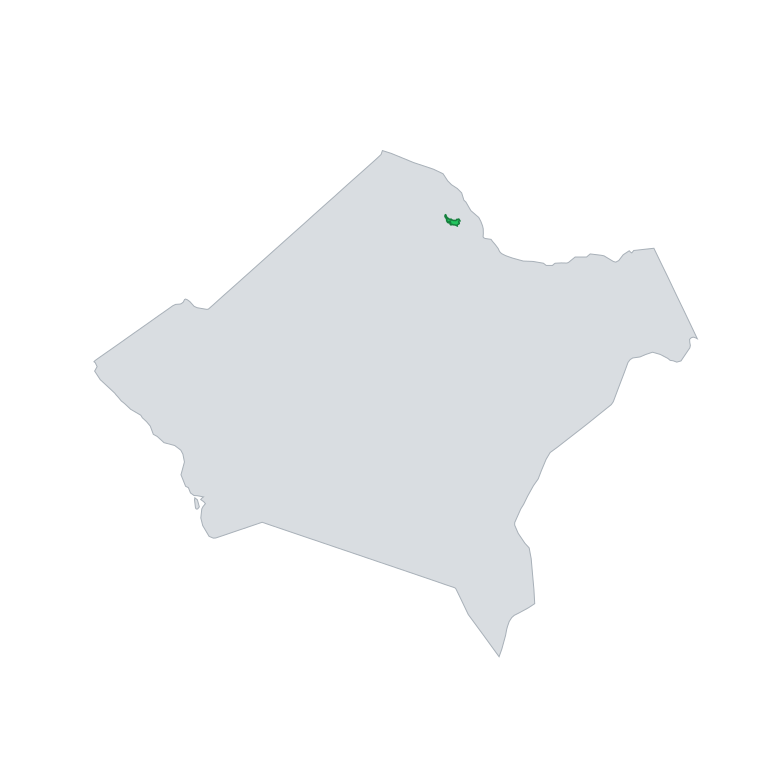 location of Webuye West, Western, Kenya, rotated 109°
{"feature_id": "3690345B24019880317128", "entity_name": "Webuye West", "entity_type": "district", "adm_level": 2, "iso_a3": "KEN", "parent_name": "Kenya", "parent_adm1": "Western", "projection": "mercator", "projection_center": [34.696, 0.598], "detail": "fine", "context": "in_parent", "style": "filled", "palette": "green", "viewbox_px": 768, "rotation_deg": 109, "n_neighbors": 0, "source": "geoboundaries", "source_scale": "gbopen_adm2", "svg_char_len": 5659}
<svg xmlns="http://www.w3.org/2000/svg" viewBox="0 0 768 768"><g transform="rotate(109 384 384)"><path d="M163.8,461.5L163.6,452.1L165.0,428.1L164.8,407.1L166.0,396.6L171.2,389.9L173.6,385.1L175.3,378.3L178.0,372.8L184.2,368.3L185.3,365.8L191.8,358.3L195.7,348.6L198.7,345.4L202.4,342.3L205.0,340.7L209.3,339.1L212.6,338.2L213.2,337.5L213.5,335.9L212.4,329.9L213.8,327.9L216.1,324.0L218.7,320.2L221.1,317.9L222.4,315.4L223.0,311.2L223.1,308.2L223.1,303.4L222.4,292.3L219.6,283.0L217.9,272.6L219.1,269.2L217.0,263.2L215.9,262.8L214.1,261.5L211.8,255.8L210.1,250.5L209.1,249.2L201.7,244.6L198.0,233.8L193.9,231.4L191.6,220.7L191.2,217.7L193.5,206.9L193.3,204.5L190.8,202.2L183.9,199.9L178.2,195.5L179.0,194.0L179.4,192.4L176.4,191.3L167.8,173.0L178.9,162.0L190.1,150.8L204.5,136.7L217.6,123.7L229.0,112.5L239.2,102.5L238.9,104.4L239.0,106.9L240.2,108.5L242.3,109.6L245.2,108.4L247.8,106.9L250.2,106.6L265.5,110.7L268.0,114.3L267.9,118.3L268.5,121.1L267.4,123.9L266.1,132.5L266.5,140.4L271.0,146.3L275.1,150.8L278.4,157.3L280.8,159.2L284.1,160.3L294.6,160.5L310.1,161.0L325.0,161.4L326.4,161.5L329.5,162.4L343.3,171.1L355.9,179.0L366.5,185.9L376.9,192.7L386.9,199.2L394.7,204.6L402.4,206.2L414.9,207.0L423.5,207.3L431.5,209.6L443.4,211.7L452.3,212.8L457.6,214.0L472.5,215.3L474.9,214.5L481.5,208.5L488.8,198.8L491.7,193.4L501.2,188.0L517.8,180.6L529.6,175.3L542.6,170.0L548.6,174.6L556.7,182.0L560.4,185.6L563.3,187.2L567.8,188.3L573.2,188.3L576.1,188.1L582.2,187.2L596.3,186.3L604.4,186.4L597.6,196.1L589.4,207.8L574.5,229.3L563.0,240.6L554.4,249.2L553.6,250.7L553.7,260.2L553.7,283.5L553.9,330.1L554.1,376.6L554.3,423.1L554.4,446.4L554.4,454.2L562.0,464.0L569.4,473.6L579.2,486.2L584.4,493.0L585.3,495.2L585.0,499.8L576.9,509.3L570.3,513.6L561.5,515.6L558.8,515.2L555.3,513.9L554.0,516.1L552.9,519.7L551.0,518.9L549.5,517.9L550.4,524.2L551.3,527.3L550.0,531.5L545.7,535.2L545.3,538.3L535.9,546.4L522.7,547.3L515.8,551.3L512.7,554.6L510.3,561.9L511.1,572.9L507.4,581.4L506.7,585.7L499.9,591.3L496.9,596.3L494.6,601.5L492.7,603.8L490.4,615.3L487.2,622.4L486.3,624.7L485.6,626.8L483.1,630.9L481.5,633.8L480.3,635.6L472.3,653.7L466.0,661.8L461.0,660.9L457.8,664.0L457.4,665.5L455.7,664.7L451.5,661.7L443.1,655.6L434.6,649.4L426.1,643.3L417.6,637.2L409.2,631.1L400.7,625.0L392.2,618.9L383.7,612.7L378.8,609.2L376.6,607.0L374.8,602.8L374.0,601.8L371.8,600.4L369.1,600.1L368.3,599.3L368.4,597.3L369.3,594.4L372.4,588.8L372.7,585.5L372.1,581.7L371.1,575.7L370.3,574.4L364.7,571.2L352.9,564.7L341.2,558.1L329.4,551.5L317.6,544.9L305.8,538.3L294.1,531.8L282.3,525.2L270.5,518.6L258.8,512.0L247.0,505.5L235.2,498.9L223.5,492.3L211.7,485.8L199.9,479.2L188.2,472.6L176.4,466.0L172.0,463.6L168.0,461.5L163.8,461.5ZM555.3,525.4L553.2,525.8L554.3,522.7L560.3,518.6L562.8,519.5L563.3,520.5L563.1,521.3L562.1,522.1L555.3,525.4Z" fill="#d9dde1" stroke="#a8b0b8" stroke-width="1"/><path d="M206.4,370.7L206.5,370.8L206.6,371.0L206.7,371.3L206.7,371.5L206.8,371.8L206.8,372.0L206.7,372.1L206.7,372.4L206.7,372.5L206.8,372.8L206.8,373.0L206.8,373.3L206.9,373.5L206.7,373.7L206.7,373.8L206.7,374.0L206.6,374.3L206.7,374.5L206.8,374.8L206.7,374.8L206.8,374.9L206.8,375.0L206.7,375.0L206.8,375.2L206.8,375.3L206.9,375.5L206.8,375.8L206.9,376.0L206.8,376.3L206.8,376.5L206.7,376.6L206.6,376.8L206.6,377.0L206.6,377.3L206.7,377.5L206.5,377.8L206.4,377.9L206.3,378.0L206.2,378.0L206.2,378.3L206.1,378.5L205.9,378.7L205.9,378.8L206.0,378.8L206.0,379.0L205.9,379.0L205.6,379.3L205.4,379.4L205.4,379.5L205.2,379.7L205.0,379.8L204.9,379.9L204.9,380.0L204.7,380.1L204.6,380.3L204.4,380.3L204.2,380.3L204.1,380.5L203.9,380.9L204.0,381.0L204.3,381.1L204.5,381.2L205.0,381.0L205.3,381.1L205.5,381.0L205.5,380.9L205.6,380.7L205.8,380.7L206.0,380.7L206.1,380.4L206.2,380.2L206.3,380.1L206.6,380.0L206.6,379.9L206.5,379.6L206.4,379.4L206.5,379.4L206.9,379.4L207.1,379.3L207.2,379.2L207.3,378.8L207.5,378.7L207.4,378.6L207.5,378.6L207.6,378.4L207.7,378.2L207.8,378.2L208.0,378.1L208.1,378.3L208.3,378.3L208.4,378.2L208.5,378.0L208.7,377.9L208.8,378.0L209.0,378.0L209.2,377.9L209.3,377.9L209.4,377.6L209.6,377.5L209.7,377.4L209.7,377.2L209.8,377.0L209.8,376.8L209.9,376.7L210.0,376.6L210.2,376.4L210.3,376.4L210.4,376.5L210.5,376.5L210.5,376.3L210.5,376.2L210.6,375.9L210.6,375.6L210.6,375.4L210.5,375.2L210.4,374.9L210.2,374.9L209.9,375.0L209.7,375.0L209.4,375.1L209.2,375.2L209.1,375.3L209.0,375.2L208.9,375.0L208.9,374.9L208.8,374.7L208.8,374.4L208.9,374.2L209.0,374.2L209.3,374.1L209.4,373.9L209.6,373.8L209.7,373.6L209.8,373.5L209.9,373.4L210.0,373.4L210.4,373.4L210.5,373.3L210.6,373.0L210.7,372.9L210.8,372.8L211.2,372.7L211.3,372.7L211.5,373.2L211.8,372.8L211.8,372.7L211.6,372.3L211.6,372.2L211.2,371.9L211.2,371.7L211.0,371.4L210.9,371.3L210.8,371.1L210.8,370.9L211.0,370.7L210.9,370.3L210.9,370.1L210.8,369.9L210.8,369.6L210.6,369.0L210.5,368.7L210.5,368.2L210.5,367.8L210.7,366.5L210.7,366.2L210.3,366.4L210.1,366.5L209.8,366.5L209.7,366.5L209.4,366.4L209.2,366.2L208.9,366.0L208.9,365.9L208.7,365.8L208.6,365.6L208.3,365.4L208.1,365.3L208.0,365.2L207.9,365.1L207.7,365.1L207.4,365.3L207.2,365.3L207.0,365.5L206.9,365.9L206.7,366.0L206.4,366.2L206.3,366.3L206.2,366.3L205.9,366.3L205.9,366.2L205.7,366.1L205.4,365.9L205.2,365.7L204.9,365.5L204.9,365.4L204.7,365.5L204.6,365.8L204.4,366.0L204.2,366.3L204.1,366.5L203.9,366.7L203.8,366.8L203.7,366.9L203.7,367.0L203.8,367.3L204.0,367.5L204.3,368.0L204.7,368.3L204.8,368.5L204.8,368.8L205.3,368.8L205.4,369.0L205.6,369.1L205.8,369.2L206.0,369.3L206.0,369.6L206.2,369.8L206.3,369.9L206.3,370.0L206.3,370.3L206.3,370.5L206.4,370.7ZM206.7,373.7L206.8,373.7L206.7,373.6L206.7,373.7Z" fill="#22c55e" stroke="#15803d" stroke-width="1.5"/></g></svg>